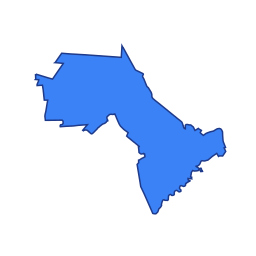 outline of Rosiori De Vede, Teleorman, Romania, rotated 100°
{"feature_id": "2599482B51829763459772", "entity_name": "Rosiori De Vede", "entity_type": "district", "adm_level": 2, "iso_a3": "ROU", "parent_name": "Romania", "parent_adm1": "Teleorman", "projection": "mercator", "projection_center": [24.982, 44.064], "detail": "fine", "context": "isolated", "style": "filled", "palette": "blue", "viewbox_px": 256, "rotation_deg": 100, "n_neighbors": 0, "source": "geoboundaries", "source_scale": "gbopen_adm2", "svg_char_len": 4986}
<svg xmlns="http://www.w3.org/2000/svg" viewBox="0 0 256 256"><g transform="rotate(100 128 128)"><path d="M157.8,112.0L160.4,111.5L162.3,112.7L166.6,111.2L180.2,106.4L181.1,106.1L183.5,105.3L189.5,101.0L197.4,95.7L205.5,90.3L207.8,88.8L207.9,87.5L207.9,87.0L207.8,86.5L207.6,85.6L206.5,84.8L206.1,84.5L205.7,84.2L204.6,83.9L203.2,83.7L202.3,83.6L201.0,82.6L200.3,82.2L199.7,81.9L198.3,81.5L197.6,81.8L195.7,81.7L194.1,81.5L192.7,80.9L192.4,80.1L192.8,79.1L192.6,77.8L192.4,76.5L191.7,75.9L189.0,76.2L187.5,76.3L186.5,75.5L186.0,74.5L186.3,74.0L186.8,73.3L186.6,72.1L185.9,71.1L185.2,70.9L183.7,71.2L182.4,71.1L181.5,70.4L180.9,69.1L181.5,67.9L182.0,66.9L181.9,65.9L181.0,64.9L179.9,65.1L178.7,66.7L177.9,66.9L176.1,66.6L175.5,65.7L175.7,64.3L175.9,63.2L175.4,62.0L174.3,61.4L173.2,61.6L172.5,61.4L172.5,61.1L171.5,60.5L171.2,59.7L170.5,59.5L169.7,57.9L169.1,57.9L169.3,58.5L168.9,58.9L168.6,59.8L167.8,60.1L167.2,60.1L167.3,59.4L167.1,58.3L166.9,57.4L167.0,56.4L166.4,56.6L165.4,56.7L165.3,57.5L165.1,57.9L164.2,57.8L163.3,57.8L162.3,57.8L160.9,57.9L160.0,57.6L158.6,56.9L158.9,55.4L158.3,52.9L157.7,51.4L156.9,51.2L156.2,50.7L156.4,50.4L158.3,48.8L157.8,47.1L156.5,47.8L157.6,47.4L157.9,48.4L157.4,48.6L157.1,48.1L156.8,48.3L156.1,48.4L155.6,48.6L155.3,48.8L155.0,49.0L154.9,49.2L155.0,49.4L155.2,49.8L155.7,50.3L156.1,50.6L155.2,51.5L155.0,52.0L154.0,54.3L153.8,54.3L153.4,53.0L153.0,52.5L152.4,51.9L151.4,51.2L150.2,50.8L148.2,50.4L147.4,49.6L147.3,48.0L147.0,46.4L146.5,45.5L146.0,44.3L145.7,43.7L144.2,42.4L141.6,40.3L141.0,39.7L140.2,38.9L137.6,36.2L140.3,33.9L139.6,33.1L139.1,29.9L134.1,27.7L130.9,29.9L130.2,28.6L125.3,31.6L124.0,32.2L119.3,33.4L115.6,34.2L115.1,34.4L113.6,35.5L112.8,36.5L112.6,38.0L113.3,40.0L115.5,42.6L116.2,43.2L116.5,44.1L116.9,45.0L117.1,45.5L117.8,47.0L118.3,47.7L118.4,48.0L119.5,49.8L119.8,50.2L120.2,50.6L121.0,51.4L121.2,51.6L122.2,52.5L121.8,53.2L120.6,55.4L120.4,55.7L120.2,55.9L120.0,56.1L117.6,55.3L117.4,56.0L116.4,58.5L116.2,58.7L116.4,58.9L116.5,59.1L116.7,59.3L116.9,59.5L117.1,59.7L117.3,59.9L117.5,60.1L117.6,60.3L117.8,60.5L118.0,60.7L118.2,60.9L118.4,61.1L118.6,61.3L118.8,61.6L115.7,63.8L114.1,66.7L114.3,68.1L114.2,69.9L114.3,70.7L114.5,71.4L115.4,72.0L117.7,71.6L118.8,71.4L118.7,72.0L118.6,72.4L118.5,72.5L118.4,72.7L118.2,72.9L117.9,73.1L117.6,73.4L117.4,73.5L117.2,73.6L116.3,73.9L116.0,74.1L113.4,75.6L113.1,75.8L112.9,76.0L112.7,76.2L112.5,76.5L112.1,77.2L110.8,79.5L110.7,79.8L110.4,80.3L109.6,81.8L108.7,83.3L108.1,84.5L107.4,85.7L106.9,86.6L106.7,87.0L106.2,87.9L99.9,99.2L95.8,106.7L95.7,106.8L95.0,108.0L94.8,108.4L94.4,108.8L93.9,109.3L93.6,109.6L93.3,109.7L93.0,109.9L91.2,110.3L90.9,110.4L90.5,110.5L90.3,110.6L90.0,110.8L89.5,111.0L89.1,111.3L88.7,111.5L85.1,114.7L84.9,114.9L84.7,115.1L84.6,115.3L84.2,116.0L83.9,116.4L83.8,116.6L83.5,116.8L78.4,120.0L77.7,120.4L76.4,121.3L76.2,121.5L75.4,122.2L75.3,122.3L75.0,122.5L74.8,122.5L74.5,122.6L74.2,122.7L73.9,122.6L73.7,122.6L73.4,122.5L73.0,122.3L72.8,122.2L72.6,122.2L72.4,122.3L72.2,122.4L72.0,122.6L71.9,122.6L71.8,122.8L71.7,123.1L71.4,124.3L70.9,125.9L70.9,126.0L70.3,128.1L69.8,130.0L69.6,130.4L69.5,130.6L69.2,131.0L68.3,131.8L60.6,138.0L50.6,146.0L49.7,146.7L49.7,146.9L49.6,147.0L48.1,148.2L59.6,146.9L63.3,182.5L65.0,197.0L65.1,197.8L65.9,206.3L76.2,211.1L76.3,211.2L76.1,209.1L75.6,203.0L75.6,202.9L92.9,210.8L92.6,214.5L91.0,227.5L91.7,227.7L91.7,228.3L95.8,227.4L96.0,227.4L96.3,227.6L96.2,226.4L95.9,224.3L97.4,224.3L99.5,224.8L101.0,225.1L102.0,224.9L100.7,219.7L105.0,218.2L115.1,215.3L114.5,211.9L119.6,211.9L125.7,211.8L129.0,212.0L130.8,211.9L134.8,210.7L134.0,206.4L131.7,194.2L132.5,193.2L134.6,192.7L135.8,193.2L136.6,195.0L137.2,195.2L137.9,195.2L138.5,194.9L137.0,189.0L135.5,182.3L134.0,177.4L131.8,168.6L138.1,172.2L138.5,171.4L138.0,170.9L137.6,170.3L137.5,170.0L137.4,169.6L137.3,169.3L137.3,168.2L137.6,167.1L138.5,166.2L138.5,165.7L139.8,163.9L139.9,163.6L140.0,163.4L140.1,163.0L140.0,162.6L139.8,162.3L139.6,162.0L138.5,161.2L138.1,160.9L134.8,158.6L134.2,158.2L133.6,157.9L133.0,157.6L132.8,157.4L132.3,156.9L132.0,156.6L131.2,156.1L130.3,155.2L129.9,154.9L129.4,154.5L128.3,153.3L127.9,152.5L127.4,151.7L126.2,150.6L125.9,150.4L124.9,150.1L124.6,149.2L124.4,149.2L124.0,149.2L123.8,149.3L123.6,149.5L122.7,150.2L122.5,150.3L121.4,150.6L121.2,150.7L120.7,150.6L118.9,149.3L118.2,148.7L117.7,148.1L117.5,147.4L117.4,146.9L117.4,146.7L117.3,145.3L117.0,144.5L116.9,144.1L116.9,143.9L116.7,143.9L116.7,143.7L116.5,143.4L119.1,141.6L119.9,141.2L121.4,140.2L122.2,139.7L123.1,139.1L124.4,138.2L125.7,137.3L126.2,136.9L126.8,136.3L127.5,135.7L128.4,134.4L130.3,131.6L132.5,127.1L136.2,127.9L137.3,126.1L144.2,113.7L144.4,113.7L144.6,114.5L148.6,113.3L150.2,112.9L151.2,111.2L151.3,110.6L151.2,110.1L150.8,109.0L150.5,108.3L149.9,107.7L150.3,108.1L150.7,107.2L151.3,107.3L151.4,106.9L153.4,106.3L155.0,108.3L155.2,108.7L155.8,109.4L156.6,110.3L157.2,110.9L157.4,111.1L157.8,112.0Z" fill="#3b82f6" stroke="#1e3a8a" stroke-width="1.5"/></g></svg>